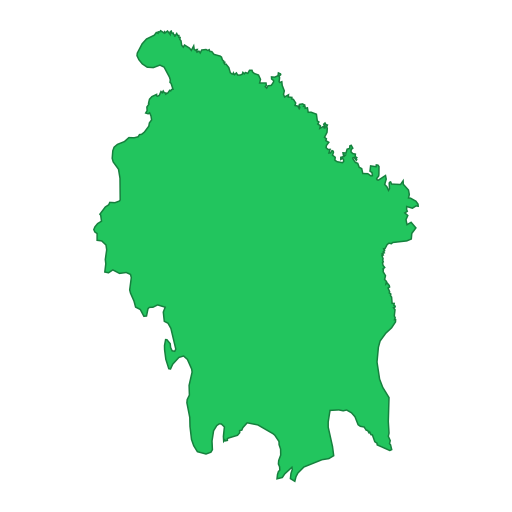 the district of Muang Sam Sip, Ubon Ratchathani, Thailand
{"feature_id": "78962969B95982372306195", "entity_name": "Muang Sam Sip", "entity_type": "district", "adm_level": 2, "iso_a3": "THA", "parent_name": "Thailand", "parent_adm1": "Ubon Ratchathani", "projection": "equal_earth", "projection_center": [104.738, 15.526], "detail": "fine", "context": "isolated", "style": "filled", "palette": "green", "viewbox_px": 512, "rotation_deg": 0, "n_neighbors": 0, "source": "geoboundaries", "source_scale": "gbopen_adm2", "svg_char_len": 5976}
<svg xmlns="http://www.w3.org/2000/svg" viewBox="0 0 512 512"><path d="M99.9,214.2L100.7,215.2L101.5,221.2L97.6,223.6L94.9,226.9L93.8,229.6L94.9,232.0L97.1,233.5L97.1,240.3L101.7,240.9L106.0,245.0L106.7,249.8L105.3,259.5L105.8,263.8L104.8,272.0L108.5,272.8L112.8,269.9L119.5,273.4L126.2,272.5L130.5,274.4L131.3,277.6L129.7,289.9L130.5,293.1L134.0,301.1L135.6,307.1L140.3,309.5L143.9,316.3L146.5,316.0L148.0,308.7L149.3,307.4L153.0,307.2L157.6,304.9L165.2,307.2L163.3,312.1L164.3,321.3L168.0,323.2L170.9,328.4L175.8,349.1L174.7,351.3L172.1,350.8L170.6,347.5L170.2,343.7L166.9,339.7L165.6,339.6L164.5,345.6L164.6,349.8L165.8,359.2L168.8,368.7L170.5,369.0L172.7,364.2L178.9,357.4L183.6,356.0L187.4,359.4L191.7,369.1L192.1,372.1L189.1,385.4L189.4,395.1L187.2,399.6L186.9,402.8L189.8,417.6L190.0,426.4L191.5,439.4L193.7,445.7L197.4,451.7L206.0,454.0L210.9,452.2L212.4,449.7L212.0,441.0L213.6,430.7L216.8,425.5L219.3,423.8L221.4,424.0L224.4,426.9L223.4,436.4L223.7,441.3L224.8,439.9L225.2,440.9L227.4,440.4L227.3,438.7L228.3,438.1L237.5,435.3L239.7,432.7L239.6,430.6L241.8,430.1L242.8,427.7L247.2,422.8L257.8,424.9L273.0,433.7L274.8,435.2L279.0,441.5L279.1,444.7L280.6,449.1L280.7,455.1L278.7,460.5L278.4,464.0L279.6,466.8L279.8,470.1L278.4,471.6L277.5,474.5L277.0,478.8L282.3,477.5L284.8,473.8L291.9,467.3L292.3,469.5L291.0,473.3L290.4,478.6L294.8,481.3L296.0,476.6L297.9,473.0L303.9,467.0L322.0,459.7L328.8,458.6L333.7,455.7L332.5,446.5L328.2,427.2L328.2,421.9L330.0,410.4L338.8,409.9L343.2,410.8L346.6,410.0L351.5,412.8L355.0,416.8L358.1,424.7L360.3,426.3L364.1,427.0L366.2,430.2L367.6,430.5L369.0,432.8L369.7,432.0L371.0,434.7L372.4,434.9L374.8,441.7L377.0,443.2L377.2,444.9L389.8,450.5L391.7,449.6L390.5,444.7L389.5,443.7L390.2,440.6L388.3,436.3L389.0,433.1L388.3,421.5L389.0,397.6L382.7,387.3L379.6,379.2L377.0,362.0L378.4,347.2L380.1,341.0L385.7,333.3L391.6,327.8L395.5,321.9L395.6,319.7L394.5,319.7L395.2,317.8L394.3,315.9L395.0,309.7L393.5,307.7L394.9,307.2L395.2,306.2L393.9,305.4L394.2,303.4L392.1,303.4L391.6,297.1L390.5,295.7L390.8,294.0L389.3,293.0L389.6,291.6L388.0,288.0L389.6,287.0L389.2,285.4L387.1,282.9L386.0,283.9L386.5,281.5L384.6,279.5L385.5,275.7L383.1,271.7L383.4,269.5L382.9,269.0L384.7,267.5L383.0,265.3L382.5,262.5L383.3,261.9L382.6,259.9L383.1,258.9L382.0,255.6L382.7,255.3L382.2,254.4L383.1,254.6L382.6,253.4L384.2,252.8L383.3,251.8L384.4,250.9L383.8,249.2L384.4,249.5L384.2,248.7L385.1,248.4L387.1,244.6L388.9,243.2L391.4,243.7L392.7,242.5L406.8,240.9L411.3,239.0L411.8,233.4L415.9,227.9L411.1,222.3L407.0,224.7L406.0,219.6L407.8,215.5L404.8,212.9L407.3,211.3L406.6,209.6L406.7,206.5L412.4,208.2L416.1,205.9L418.2,206.2L418.0,204.1L415.9,201.2L410.6,198.2L408.5,198.0L409.3,194.5L408.5,190.1L403.3,184.3L403.1,180.8L400.5,184.5L391.6,184.1L390.6,181.9L389.9,182.1L389.2,183.0L389.5,188.7L388.5,190.4L386.9,186.8L384.7,184.5L386.2,179.1L385.5,175.5L378.3,180.2L377.1,179.8L376.6,178.7L378.7,175.9L378.9,173.9L379.0,166.6L377.9,165.1L376.3,164.9L376.1,166.7L370.6,165.9L370.0,171.2L372.0,172.6L372.4,175.7L370.9,175.9L367.8,173.7L362.8,173.5L361.7,168.6L359.2,167.3L357.7,163.3L355.4,162.5L352.8,158.7L353.0,157.7L354.3,157.6L356.3,160.3L356.7,159.6L355.6,158.8L356.8,157.7L355.2,156.5L355.4,154.1L352.8,153.6L351.0,151.9L351.2,149.5L352.8,148.2L351.2,145.3L349.9,145.8L349.6,148.4L347.1,149.2L346.0,153.0L343.0,152.8L343.4,155.1L345.3,155.2L344.0,156.5L340.8,157.3L340.8,159.4L342.6,158.4L343.6,159.8L343.7,161.4L342.5,162.7L337.1,161.7L334.9,160.2L335.2,157.3L332.5,155.2L333.5,152.2L333.1,151.1L332.0,150.6L330.6,152.9L328.9,153.0L330.1,149.4L328.0,149.5L326.1,147.7L326.4,145.5L328.8,142.3L325.8,140.6L326.4,138.8L324.5,137.3L327.0,132.4L327.3,128.1L326.6,127.1L327.4,125.0L326.0,124.7L325.0,123.0L323.7,124.2L325.2,126.7L324.9,128.0L324.1,127.9L323.5,126.4L319.8,128.4L320.4,125.8L317.8,124.0L318.9,122.0L317.3,120.9L316.4,114.2L311.1,112.2L308.2,112.3L307.4,107.8L305.2,108.3L305.0,106.3L303.7,106.3L304.6,105.0L302.5,103.9L299.4,104.4L299.1,105.6L299.8,107.7L299.2,108.7L297.8,106.1L295.0,105.5L295.7,103.0L293.4,99.4L291.8,99.0L291.9,97.4L288.2,97.0L288.5,94.8L284.6,97.0L283.5,94.4L284.3,90.9L282.2,85.4L281.8,81.7L279.8,82.5L279.1,81.7L279.6,77.7L279.0,76.2L280.7,74.7L280.5,73.9L278.4,72.9L278.0,75.7L274.6,77.2L271.5,76.9L271.6,79.0L273.6,80.6L273.6,81.9L271.3,85.4L268.0,85.8L266.7,88.1L265.2,86.7L266.3,85.3L266.0,83.0L259.6,83.0L260.5,79.4L258.5,75.0L254.5,73.6L252.6,72.1L252.0,70.3L249.5,70.3L247.8,73.4L245.4,72.5L244.2,73.9L242.9,72.4L242.2,74.3L240.1,75.1L237.7,75.1L236.4,72.9L234.4,74.7L233.4,72.9L233.0,74.1L231.7,73.8L230.3,72.7L228.8,67.6L226.0,64.1L224.9,64.3L224.2,63.4L224.8,62.3L223.6,62.0L223.8,61.2L222.4,59.9L221.5,57.1L220.2,56.1L214.0,54.4L211.8,51.6L209.8,51.4L209.2,49.7L207.9,50.5L206.0,49.5L201.7,50.0L200.2,53.0L198.9,51.1L197.0,52.2L196.6,51.3L197.3,49.5L196.3,49.6L196.0,50.7L194.2,49.4L193.7,45.9L191.3,50.4L189.5,48.1L184.5,45.0L183.3,47.2L181.7,45.3L181.0,40.8L179.8,39.4L180.1,37.5L178.9,37.4L178.9,35.5L177.6,35.4L176.7,33.5L174.5,36.8L175.0,35.2L173.5,34.5L173.3,33.1L171.8,33.1L171.3,31.1L170.3,31.6L170.2,34.5L167.5,31.0L165.4,32.7L164.6,31.8L164.2,33.1L160.6,30.7L159.7,32.0L158.2,31.8L158.0,33.3L156.3,32.5L154.3,35.2L146.5,39.0L142.2,43.7L137.3,53.1L137.0,55.7L138.9,59.7L142.3,63.9L147.2,67.2L153.3,67.6L159.9,65.1L164.1,67.1L169.4,77.0L170.3,79.8L170.0,82.4L171.1,83.4L173.0,89.3L171.6,89.5L170.7,90.9L169.7,90.3L167.8,93.0L165.9,94.0L166.1,93.1L164.2,92.7L163.2,91.0L162.2,92.8L161.0,91.5L159.3,95.4L157.5,96.3L156.6,95.8L156.6,94.4L151.9,96.6L149.5,99.2L148.5,103.4L149.0,104.0L146.9,107.0L147.1,110.7L145.7,113.0L148.2,113.8L149.6,112.8L151.0,116.0L151.6,119.9L149.4,122.9L148.8,126.2L144.3,132.2L141.5,134.4L139.5,134.6L138.1,136.8L134.1,137.8L128.9,137.6L124.4,141.6L117.4,144.4L114.1,147.2L112.8,150.8L112.2,158.3L113.2,161.9L118.5,169.2L120.0,178.3L120.2,199.9L119.5,201.0L114.9,202.7L109.8,202.4L108.7,204.8L105.3,207.0L99.9,214.2Z" fill="#22c55e" stroke="#15803d" stroke-width="1.5"/></svg>